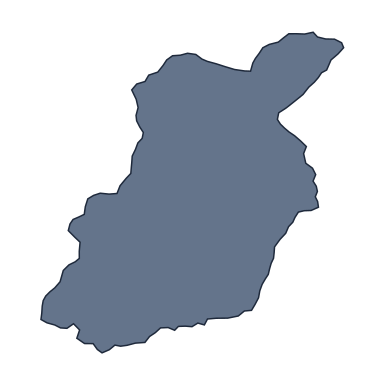 Japaraíba, Minas Gerais, Brazil (Robinson projection), rotated 92°
{"feature_id": "56859067B41178234264515", "entity_name": "Japaraíba", "entity_type": "district", "adm_level": 2, "iso_a3": "BRA", "parent_name": "Brazil", "parent_adm1": "Minas Gerais", "projection": "robinson", "projection_center": [-45.532, -20.134], "detail": "fine", "context": "isolated", "style": "filled", "palette": "slate", "viewbox_px": 384, "rotation_deg": 92, "n_neighbors": 0, "source": "geoboundaries", "source_scale": "gbopen_adm2", "svg_char_len": 1961}
<svg xmlns="http://www.w3.org/2000/svg" viewBox="0 0 384 384"><g transform="rotate(92 192 192)"><path d="M324.7,338.5L327.8,332.4L329.7,324.5L332.4,318.7L332.6,312.2L327.8,305.8L333.8,299.5L342.2,302.0L347.2,294.1L347.0,285.5L352.7,281.1L355.9,276.3L352.5,269.1L347.7,263.7L348.6,258.0L347.5,251.6L345.0,243.3L344.0,233.8L337.9,229.4L333.8,223.7L328.9,218.7L328.3,211.1L330.8,204.5L326.8,200.9L326.3,194.0L326.6,187.3L322.8,181.6L324.4,175.0L318.4,172.1L317.3,163.2L316.8,151.9L314.3,141.4L309.1,135.5L308.2,128.4L302.4,125.2L295.4,121.8L288.4,120.8L281.9,118.7L276.3,115.7L271.7,112.9L265.7,111.7L260.5,110.4L255.4,108.2L249.8,107.8L244.0,107.6L236.3,102.4L230.0,96.9L223.3,94.3L218.7,90.2L213.8,88.2L208.4,85.0L206.8,79.3L206.3,72.3L202.8,65.1L197.2,66.1L192.5,68.6L187.1,66.7L181.9,68.0L176.9,71.4L170.3,69.0L164.0,72.4L159.3,79.3L149.7,81.8L142.6,79.3L137.4,85.0L132.3,91.3L128.5,97.3L124.9,101.8L121.1,106.0L116.5,109.2L109.8,108.1L104.7,100.8L97.5,92.3L90.6,84.4L83.2,79.0L78.0,73.6L73.3,69.8L68.3,66.7L65.4,61.7L55.2,57.7L48.8,50.8L42.5,45.5L37.6,47.7L34.3,54.9L34.4,63.8L32.7,72.0L28.1,76.5L30.2,84.8L30.2,93.5L30.5,100.8L34.8,106.0L39.2,111.0L41.8,119.9L45.3,126.2L51.1,129.7L56.3,133.3L61.0,135.7L69.2,137.7L69.2,143.6L68.1,153.7L65.6,163.2L63.0,172.4L60.9,181.3L58.8,186.7L54.4,193.0L53.5,201.3L55.7,208.5L56.5,216.2L60.9,221.9L66.5,225.3L73.4,230.4L76.7,239.3L83.2,242.8L86.0,251.0L92.1,255.8L101.3,251.0L109.5,248.8L117.4,250.6L122.8,249.8L128.8,246.5L134.3,242.7L140.2,243.7L144.8,247.8L151.4,250.0L158.2,253.0L164.2,253.2L169.5,253.5L175.6,253.8L180.7,258.3L188.2,264.1L196.1,266.9L197.0,274.8L196.4,283.7L198.8,290.2L202.5,295.9L210.4,298.1L218.1,298.9L220.9,304.2L223.6,309.9L228.2,312.8L234.9,314.3L241.4,307.4L246.1,302.1L255.2,302.6L262.3,302.3L265.9,306.4L269.1,312.4L274.9,317.9L286.3,320.7L292.6,325.8L296.7,330.5L301.0,334.5L305.7,336.9L311.2,337.7L318.2,337.9L324.7,338.5Z" fill="#64748b" stroke="#1e293b" stroke-width="1.5"/></g></svg>